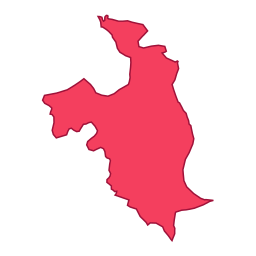 outline of Ughelli South, Delta, Nigeria
{"feature_id": "59680162B30773939854921", "entity_name": "Ughelli South", "entity_type": "district", "adm_level": 2, "iso_a3": "NGA", "parent_name": "Nigeria", "parent_adm1": "Delta", "projection": "robinson", "projection_center": [5.889, 5.347], "detail": "fine", "context": "isolated", "style": "filled", "palette": "rose", "viewbox_px": 256, "rotation_deg": 0, "n_neighbors": 0, "source": "geoboundaries", "source_scale": "gbopen_adm2", "svg_char_len": 2423}
<svg xmlns="http://www.w3.org/2000/svg" viewBox="0 0 256 256"><path d="M169.3,237.0L170.8,239.2L172.0,240.6L173.0,237.9L173.6,236.5L174.7,233.7L174.7,231.9L174.7,230.1L174.8,228.3L173.6,225.6L174.2,220.3L175.4,212.8L176.1,211.9L177.9,211.4L181.7,210.2L186.2,209.8L190.1,209.1L194.4,208.2L203.3,204.8L209.5,201.5L210.0,201.3L213.4,200.4L205.8,199.6L204.7,199.8L200.6,198.3L193.7,193.6L186.7,186.9L183.9,180.7L183.2,173.5L182.9,169.7L185.4,159.3L189.1,152.7L192.8,143.9L193.8,138.7L192.5,134.0L191.3,128.2L190.8,125.6L189.1,124.1L188.6,120.7L187.5,117.9L187.1,116.9L186.1,113.3L183.4,110.5L181.8,107.2L179.5,102.9L178.1,102.1L175.9,96.3L173.7,89.9L172.1,84.5L174.9,79.8L176.7,73.6L178.6,68.6L177.6,63.7L177.5,62.8L178.0,61.5L177.5,61.1L177.4,61.0L175.2,62.0L166.4,58.0L162.1,53.0L165.0,52.1L166.3,51.2L164.8,46.4L158.5,45.3L151.7,46.1L150.3,46.4L143.6,48.0L138.9,46.6L138.8,45.8L138.0,41.2L142.6,36.1L143.5,35.3L147.6,30.9L142.9,24.6L138.2,23.6L132.0,22.2L127.6,20.8L122.9,21.2L118.6,21.2L113.6,19.8L112.2,19.4L110.2,19.1L108.4,18.8L107.6,18.1L108.0,16.8L107.7,15.6L106.4,15.4L105.1,16.6L104.8,17.8L104.8,20.3L103.5,21.2L102.7,20.0L101.9,17.3L100.0,16.6L98.1,16.5L99.8,19.7L100.7,22.1L101.2,26.9L102.5,27.0L104.6,28.3L106.5,29.6L108.7,31.4L112.1,35.0L112.5,37.2L115.9,42.1L117.4,48.3L119.9,52.2L123.4,54.3L125.6,55.7L130.6,57.5L130.9,62.5L130.6,67.2L130.4,69.0L129.8,74.3L130.1,77.7L129.3,81.8L128.4,84.5L119.2,89.7L114.2,93.7L108.0,96.2L101.7,95.2L95.8,92.8L93.6,88.5L90.5,84.5L87.4,81.8L83.9,78.7L79.8,81.8L74.6,85.3L67.3,89.8L56.6,93.1L44.5,95.4L42.6,100.2L44.7,103.3L47.0,104.5L49.1,105.6L51.7,107.9L51.7,109.2L50.6,112.0L50.1,114.1L52.1,114.5L53.9,117.0L54.0,122.7L52.2,130.3L53.4,134.5L56.3,137.9L66.6,134.8L67.8,131.4L69.1,128.9L71.3,128.2L74.0,130.3L76.7,131.6L79.2,131.2L80.4,129.0L83.4,124.3L86.0,124.0L88.8,122.6L91.4,122.1L95.1,126.3L97.5,130.7L96.6,133.4L94.3,136.2L91.3,138.4L87.7,141.5L86.7,144.9L89.0,149.5L93.6,150.8L96.3,149.4L100.7,147.4L103.5,148.7L104.9,151.6L105.6,156.5L107.0,157.9L109.6,158.8L110.4,160.6L109.7,164.2L109.0,170.3L110.6,173.5L110.1,175.9L109.1,177.6L107.0,179.6L106.9,182.3L111.3,185.8L111.4,189.1L113.1,190.1L114.7,191.6L116.7,191.3L116.5,192.7L116.0,194.0L115.1,195.1L128.9,199.9L127.5,205.3L130.2,207.0L136.4,209.0L140.2,216.5L146.1,222.3L147.7,225.0L150.2,222.9L156.1,223.1L162.7,226.8L164.4,231.0L168.1,235.4L169.3,237.0Z" fill="#f43f5e" stroke="#9f1239" stroke-width="1.5"/></svg>